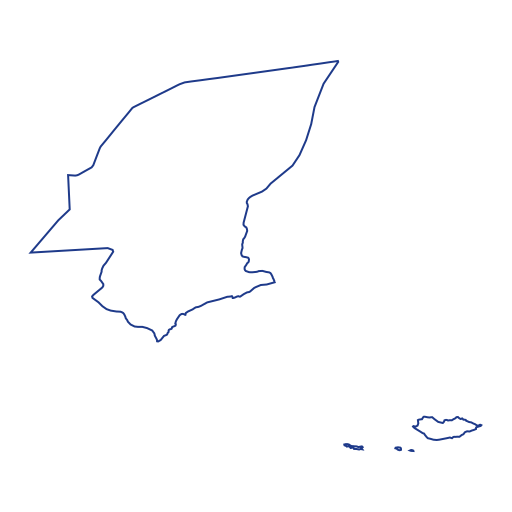 the border of Hadramawt
{"feature_id": "YEM-3497", "entity_name": "Hadramawt", "entity_type": "Governorate", "adm_level": 1, "iso_a3": "YEM", "parent_name": "Yemen", "parent_adm1": "", "projection": "orthographic", "projection_center": [51.058, 15.554], "detail": "fine", "context": "isolated", "style": "outline", "palette": "blue", "viewbox_px": 512, "rotation_deg": 0, "n_neighbors": 0, "source": "natural_earth", "source_scale": "10m", "svg_char_len": 4801}
<svg xmlns="http://www.w3.org/2000/svg" viewBox="0 0 512 512"><path d="M337.9,61.0L338.2,61.9L323.6,83.7L314.5,107.1L311.2,124.1L306.1,140.2L299.5,155.1L292.5,165.6L270.6,183.6L266.4,188.6L262.0,191.6L252.5,195.6L250.2,197.0L248.9,198.1L247.7,199.5L246.8,201.7L246.8,203.0L247.5,204.2L247.9,206.3L243.6,222.7L243.5,224.8L244.3,225.9L245.1,226.7L246.3,227.4L246.9,228.9L247.2,230.9L245.1,236.7L244.1,238.3L243.2,239.3L242.8,241.3L242.8,242.7L242.2,244.3L242.3,245.8L242.5,247.2L242.5,248.2L242.0,249.4L241.6,250.9L241.1,253.1L241.6,255.1L242.5,256.4L244.3,256.9L245.8,257.1L248.1,257.7L248.6,258.3L249.0,259.4L248.7,261.7L248.1,262.5L247.2,263.2L246.2,265.0L245.4,266.1L244.7,267.1L244.6,268.1L244.6,269.1L245.0,270.1L245.8,271.0L249.2,272.2L252.0,272.3L256.2,271.9L257.6,271.6L258.8,271.1L262.5,270.9L266.1,271.9L269.2,272.4L270.4,273.0L271.4,274.4L271.9,275.5L272.5,276.6L272.9,278.0L273.5,279.0L273.9,280.0L274.3,280.9L274.4,281.9L274.6,282.3L266.7,284.5L260.8,285.0L255.6,287.2L254.1,288.0L250.1,291.5L249.2,292.0L247.0,292.4L243.8,294.1L240.2,296.6L239.4,296.6L238.4,296.2L237.1,296.5L234.7,297.6L233.7,297.9L233.2,298.0L232.7,298.0L232.4,296.8L232.0,296.2L231.5,296.2L230.7,296.5L227.2,296.8L219.3,299.4L207.2,302.4L200.7,306.0L198.4,306.9L195.9,307.3L194.8,307.9L192.6,309.4L188.0,311.5L185.8,313.0L185.4,314.8L184.8,314.7L184.0,314.2L182.9,313.9L181.6,314.0L180.5,314.6L179.6,315.3L176.9,319.3L175.9,321.3L175.3,323.6L175.7,323.9L175.8,324.6L175.6,325.2L175.5,325.6L174.8,326.0L172.5,326.9L172.0,327.3L171.7,328.6L170.9,329.1L169.9,329.3L169.0,329.8L168.8,330.1L168.6,330.6L168.6,331.9L168.4,332.2L168.1,332.5L167.7,332.9L167.1,334.5L166.1,335.1L164.0,335.9L160.7,340.0L159.7,340.6L159.4,340.7L158.7,341.2L158.4,341.4L158.0,341.4L157.6,341.4L157.1,341.3L157.1,340.9L157.0,340.1L156.6,339.0L155.1,336.2L154.7,335.3L154.6,334.3L154.2,333.2L153.3,332.0L152.2,330.5L147.1,328.1L142.5,326.9L138.2,326.9L134.6,326.5L130.6,324.5L127.9,321.7L127.2,320.1L125.8,318.3L125.3,316.6L124.2,314.3L123.2,313.0L121.8,312.2L120.4,311.7L116.4,311.5L110.7,310.6L106.5,309.1L102.4,306.2L98.5,302.3L92.5,297.9L92.1,296.4L93.4,294.9L102.4,287.4L103.3,285.8L103.3,284.1L101.1,281.0L99.7,279.5L99.7,278.1L99.9,276.6L101.6,271.7L101.6,270.4L102.2,268.4L103.5,265.7L106.0,262.8L113.2,251.7L112.6,249.9L107.7,248.1L30.7,252.6L58.3,220.3L69.7,209.4L68.1,175.1L75.2,175.6L77.0,175.3L78.6,174.7L85.3,170.9L91.6,167.4L93.3,165.2L97.1,155.2L99.8,148.2L100.7,146.5L106.1,140.0L114.3,129.9L123.0,119.3L128.0,113.3L132.3,108.0L133.5,107.2L140.5,103.7L149.8,99.1L160.2,93.9L169.5,89.3L177.2,85.4L179.7,84.2L184.7,82.4L191.6,81.4L200.2,80.3L208.9,79.1L217.5,78.0L226.1,76.8L234.7,75.6L243.3,74.4L252.0,73.2L260.6,72.0L269.2,70.8L277.8,69.6L286.4,68.4L295.0,67.2L303.6,66.0L312.2,64.7L320.8,63.5L329.4,62.2L337.9,61.0ZM477.4,425.7L478.9,425.4L479.9,424.8L480.5,424.8L481.3,425.2L480.6,426.0L479.0,426.4L477.8,426.8L476.7,427.1L476.1,427.5L476.0,429.0L473.7,430.0L471.9,430.5L469.6,431.5L467.1,431.3L465.1,432.1L464.6,432.6L463.6,434.0L463.1,434.4L461.7,435.0L460.1,436.3L459.3,436.8L457.6,436.7L455.1,436.9L454.1,436.8L453.2,437.1L452.0,438.2L450.7,437.8L449.9,437.5L448.2,437.9L445.8,438.4L439.2,439.7L436.7,440.0L433.4,439.7L430.4,438.8L427.8,438.2L426.7,437.1L425.8,436.0L424.9,434.9L424.1,433.6L422.6,433.1L420.3,431.6L414.6,428.1L413.2,426.8L413.0,426.5L413.5,426.1L415.0,426.5L416.1,426.4L417.3,425.7L417.6,425.5L417.7,425.0L418.1,424.0L418.3,423.4L417.9,420.1L418.7,419.7L419.7,419.5L422.0,419.2L422.5,418.3L423.1,417.4L423.6,416.8L424.7,416.7L427.7,417.3L429.5,417.5L430.8,417.3L432.2,417.2L434.4,419.1L438.2,421.9L440.7,422.5L442.8,423.0L444.0,421.7L444.5,420.3L446.0,419.9L447.0,420.0L448.0,420.5L449.9,420.2L451.8,420.3L453.8,419.0L454.5,418.8L455.8,417.9L456.4,417.2L457.9,417.0L458.6,417.7L459.4,418.3L460.6,419.0L461.5,418.8L462.1,418.4L462.4,418.6L463.0,419.2L463.4,419.7L464.5,419.7L465.7,419.9L466.2,420.8L467.1,421.1L469.0,422.0L471.3,422.4L473.5,423.6L474.7,424.0L477.4,425.7ZM356.7,446.4L358.4,447.1L361.5,446.4L362.3,446.6L362.6,447.1L361.9,447.4L361.3,448.0L361.7,448.4L362.3,449.3L360.7,449.0L360.0,449.2L359.1,449.5L356.5,449.0L354.0,448.9L353.8,448.4L353.2,447.6L352.8,447.6L352.5,447.6L351.3,447.9L350.7,448.0L350.5,447.8L349.8,446.9L349.7,446.6L349.4,446.7L348.3,446.2L347.6,446.4L346.9,446.6L346.6,446.3L346.4,446.1L344.5,445.3L344.3,444.5L345.1,444.3L345.9,444.1L347.3,444.1L348.9,444.5L350.6,445.7L351.8,446.1L352.7,446.1L354.4,446.3L356.7,446.4ZM399.1,447.5L400.0,447.5L400.8,448.1L401.0,449.0L401.0,449.8L400.2,450.1L399.3,450.2L397.7,449.6L396.6,448.6L395.4,448.3L395.6,447.7L396.4,447.5L397.1,447.5L397.7,447.3L398.3,447.3L399.1,447.5ZM410.0,450.5L411.1,450.0L412.1,450.1L412.7,450.4L413.3,450.6L413.4,451.0L411.6,450.9L410.8,450.8L410.0,450.5Z" fill="none" stroke="#1e3a8a" stroke-width="2"/></svg>